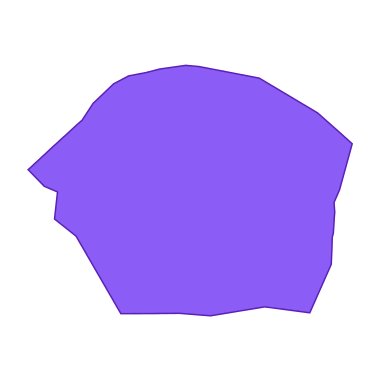 Cogt-Ovoo, Ömnögovi, Mongolia, rotated 177°
{"feature_id": "93677404B91426853528809", "entity_name": "Cogt-Ovoo", "entity_type": "district", "adm_level": 2, "iso_a3": "MNG", "parent_name": "Mongolia", "parent_adm1": "Ömnögovi", "projection": "orthographic", "projection_center": [105.361, 44.337], "detail": "fine", "context": "isolated", "style": "filled", "palette": "violet", "viewbox_px": 384, "rotation_deg": 177, "n_neighbors": 0, "source": "geoboundaries", "source_scale": "gbopen_adm2", "svg_char_len": 883}
<svg xmlns="http://www.w3.org/2000/svg" viewBox="0 0 384 384"><g transform="rotate(177 192 192)"><path d="M354.5,222.9L339.2,205.4L326.3,199.1L330.7,172.2L310.1,154.0L269.4,74.2L234.6,72.5L233.6,72.5L210.9,71.5L179.9,67.4L125.5,73.5L80.7,65.2L56.7,112.5L55.2,128.5L54.3,139.4L53.0,143.5L51.2,159.2L50.5,164.2L50.7,174.1L44.6,186.3L30.5,228.7L29.5,231.8L40.4,242.7L62.4,264.4L118.9,302.2L178.4,316.9L191.6,318.8L217.7,316.5L232.0,313.6L249.1,311.3L264.5,304.2L286.1,285.7L298.1,269.3L300.0,267.9L301.6,266.6L304.4,264.4L305.4,263.5L310.3,259.5L312.4,257.7L315.7,255.0L316.0,254.7L317.5,253.6L321.4,250.4L322.3,249.6L324.8,247.5L327.1,245.7L328.2,244.8L329.9,243.4L330.7,242.7L332.7,241.0L333.7,240.2L336.0,238.2L338.4,236.2L339.5,235.4L341.3,233.8L343.6,231.9L346.1,229.8L347.6,228.6L349.7,226.8L351.6,225.2L354.5,222.9Z" fill="#8b5cf6" stroke="#5b21b6" stroke-width="1.5"/></g></svg>